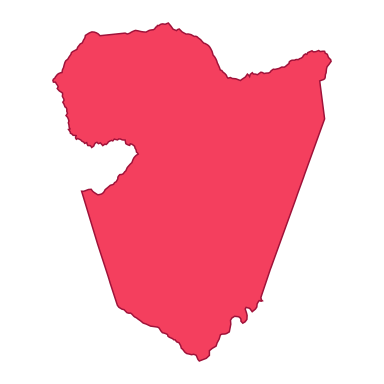 outline of São Raimundo das Mangabeiras, Maranhão, Brazil
{"feature_id": "56859067B90980321133528", "entity_name": "São Raimundo das Mangabeiras", "entity_type": "district", "adm_level": 2, "iso_a3": "BRA", "parent_name": "Brazil", "parent_adm1": "Maranhão", "projection": "natural_earth1", "projection_center": [-45.741, -7.052], "detail": "fine", "context": "isolated", "style": "filled", "palette": "rose", "viewbox_px": 384, "rotation_deg": 0, "n_neighbors": 0, "source": "geoboundaries", "source_scale": "gbopen_adm2", "svg_char_len": 4513}
<svg xmlns="http://www.w3.org/2000/svg" viewBox="0 0 384 384"><path d="M199.3,361.0L206.3,358.3L209.4,355.4L209.4,350.7L212.2,348.4L216.1,346.1L217.1,342.9L219.1,339.2L220.4,334.8L222.1,334.1L224.9,334.0L226.6,333.5L229.3,331.9L230.8,324.2L230.5,320.2L231.9,318.0L234.6,316.3L238.4,316.7L239.8,317.5L240.9,319.0L241.0,321.3L242.8,323.2L245.1,321.8L246.9,319.4L247.1,315.4L246.5,312.9L245.2,309.0L246.1,307.4L249.6,308.3L252.2,311.7L255.4,309.1L256.8,307.0L257.1,304.0L258.0,302.3L259.2,300.6L261.1,301.2L262.4,300.8L261.3,299.7L260.9,297.4L270.5,268.8L271.1,267.3L272.9,262.3L295.1,200.9L297.6,193.7L303.6,177.2L304.4,174.8L324.6,118.9L319.7,80.9L323.6,79.5L324.7,78.7L325.2,77.3L325.4,74.6L326.1,72.8L326.5,68.8L327.1,66.7L329.2,64.1L330.0,62.9L331.1,61.4L330.6,59.5L329.4,58.5L328.3,57.1L327.3,54.3L325.2,53.1L324.6,51.3L323.1,51.2L321.3,51.4L320.1,51.5L318.7,50.5L317.5,51.0L316.0,51.6L314.6,51.8L313.3,51.8L312.0,50.8L309.8,51.7L307.8,52.6L306.8,54.4L305.5,53.9L303.5,55.3L302.8,56.8L301.5,58.0L299.6,58.7L298.3,59.6L296.1,59.5L294.5,60.2L292.0,60.2L290.4,60.9L289.2,62.0L289.0,63.6L287.9,64.3L287.0,65.1L285.6,66.3L284.3,67.2L282.8,67.1L281.6,67.1L279.1,68.4L277.5,68.8L276.2,69.1L275.0,69.4L273.3,69.2L271.1,70.8L270.1,72.2L268.6,73.0L266.3,73.1L264.0,73.5L262.6,72.6L260.9,72.2L257.5,74.7L255.4,74.1L253.3,74.0L252.3,72.7L250.2,74.4L249.6,76.6L248.8,75.4L247.4,74.1L245.4,77.0L241.4,79.7L240.4,80.5L235.9,78.8L234.0,78.6L232.4,78.5L230.3,77.5L228.1,78.2L226.9,76.8L226.4,75.3L224.9,73.6L222.9,72.0L221.8,70.5L220.3,70.0L219.5,67.7L218.2,64.7L217.3,62.9L216.8,61.1L216.0,59.2L214.8,57.1L214.0,56.1L213.1,55.1L212.6,53.3L212.2,51.8L211.7,50.6L210.5,48.3L209.6,46.9L208.5,45.6L207.4,44.8L205.1,43.5L203.7,43.1L202.1,41.4L200.7,39.7L198.3,37.9L197.1,36.8L195.9,36.3L194.2,36.4L191.0,34.6L188.3,34.0L186.1,34.1L182.2,32.0L179.2,29.0L177.5,29.6L176.5,30.6L173.1,29.2L170.7,25.8L168.3,23.0L166.8,23.6L165.1,24.3L163.8,24.0L162.2,23.9L160.4,24.4L159.2,25.5L157.4,25.5L156.8,26.7L155.6,27.3L154.8,28.8L153.4,29.7L150.9,30.0L149.2,30.4L146.0,32.1L143.4,31.9L140.8,31.5L137.9,30.8L135.5,30.4L134.3,30.8L133.1,31.3L131.4,32.1L129.3,33.4L127.3,34.0L125.1,33.1L100.0,35.7L98.1,33.8L96.3,32.8L94.3,32.1L91.9,31.9L90.3,32.5L89.0,33.1L85.4,35.4L85.0,37.5L84.2,39.1L83.4,40.3L82.9,41.7L82.0,43.1L80.3,43.9L77.7,47.2L76.9,49.4L72.7,51.6L71.4,52.7L70.9,54.4L69.2,56.8L67.7,59.3L66.7,60.0L65.6,61.0L64.8,62.8L64.1,65.2L63.5,67.6L62.5,69.7L62.0,72.5L60.5,72.8L58.4,73.7L57.2,74.7L55.4,77.0L54.8,78.2L53.4,79.2L52.9,80.5L53.4,82.1L55.5,82.2L56.5,84.0L57.5,85.3L58.2,86.9L57.2,88.5L58.2,89.7L59.3,90.9L61.3,92.2L62.5,93.0L62.6,94.7L62.3,96.1L62.9,97.4L63.8,99.0L64.0,100.4L62.8,102.2L64.0,104.2L65.0,106.9L66.1,107.5L66.8,109.1L66.8,111.4L67.5,113.2L66.8,114.4L66.0,115.6L67.5,117.2L68.4,119.2L68.9,121.1L68.3,122.8L68.9,124.7L69.2,127.3L70.0,128.9L68.5,129.4L70.2,131.8L70.4,133.2L71.9,134.0L73.1,135.3L76.1,135.6L75.5,137.9L76.4,139.3L77.8,138.5L79.2,139.2L80.6,139.8L81.9,141.2L83.9,142.2L84.6,143.4L86.7,142.6L87.1,144.0L87.8,145.5L90.5,145.7L91.7,147.5L93.7,146.1L94.6,144.0L95.5,142.9L97.0,142.3L98.4,143.7L100.4,142.9L102.8,145.6L104.9,144.1L106.1,144.5L107.5,143.3L108.3,142.0L109.8,141.1L111.5,140.4L112.8,140.9L114.3,139.1L116.0,139.6L117.6,139.9L118.6,139.0L120.4,139.0L122.0,139.8L123.2,140.0L125.1,140.0L125.8,143.6L127.0,144.4L128.4,145.0L129.7,145.4L130.3,143.8L131.9,144.2L133.3,145.2L134.6,146.3L135.1,148.3L136.0,149.6L136.5,152.1L137.5,152.9L138.2,154.1L136.4,155.2L135.2,156.3L134.0,157.7L133.0,159.6L131.9,162.6L130.5,163.9L129.4,165.1L127.3,167.5L125.8,170.9L124.8,171.7L123.2,173.8L121.6,174.5L119.8,174.6L118.7,175.8L117.9,177.1L117.8,178.9L117.0,180.3L116.2,181.7L114.6,182.6L113.5,184.3L112.4,184.7L110.3,185.3L107.9,187.4L105.1,189.7L104.4,191.2L103.4,192.6L101.6,194.0L98.9,194.7L97.6,194.7L95.0,193.0L93.8,192.2L92.6,191.2L91.2,189.3L88.5,189.5L84.8,190.9L83.6,191.3L81.6,191.2L97.7,244.3L107.9,275.6L108.9,278.8L110.1,282.9L117.4,305.3L118.9,307.3L121.8,309.1L124.1,309.7L125.8,311.5L127.0,312.7L128.9,313.2L130.6,313.1L131.9,314.1L133.9,316.3L135.1,317.2L136.3,317.7L138.2,319.2L140.4,320.7L143.1,323.0L146.3,324.1L150.5,326.1L157.6,327.1L159.1,328.0L160.8,330.8L162.4,332.7L164.1,333.1L166.1,333.8L167.5,334.5L168.0,336.3L169.3,337.2L172.6,338.7L173.8,339.8L175.1,339.8L176.6,341.8L179.1,342.8L180.7,345.8L181.3,348.2L182.7,349.3L184.8,352.1L186.6,353.5L189.8,354.2L191.5,354.7L193.6,354.3L194.9,354.7L196.2,355.3L198.0,359.5L199.3,361.0Z" fill="#f43f5e" stroke="#9f1239" stroke-width="1.5"/></svg>